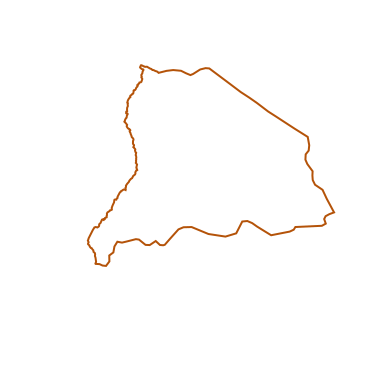 the district of Kadei, Est, Cameroon, rotated 221°
{"feature_id": "32672807B29047919086815", "entity_name": "Kadei", "entity_type": "district", "adm_level": 2, "iso_a3": "CMR", "parent_name": "Cameroon", "parent_adm1": "Est", "projection": "orthographic", "projection_center": [14.712, 4.477], "detail": "fine", "context": "isolated", "style": "outline", "palette": "amber", "viewbox_px": 384, "rotation_deg": 221, "n_neighbors": 0, "source": "geoboundaries", "source_scale": "gbopen_adm2", "svg_char_len": 3677}
<svg xmlns="http://www.w3.org/2000/svg" viewBox="0 0 384 384"><g transform="rotate(221 192 192)"><path d="M296.7,260.1L296.8,260.0L297.1,260.0L297.8,259.9L298.9,259.3L301.0,258.8L301.9,258.1L303.3,258.2L304.5,257.7L308.2,257.0L309.6,255.6L310.3,255.5L310.9,255.1L312.1,254.9L313.3,254.5L313.7,254.0L313.3,253.1L313.1,252.1L312.3,251.8L310.4,251.9L309.2,252.5L308.7,252.3L308.3,250.5L307.3,248.9L307.1,247.3L306.4,246.4L305.8,246.3L305.3,245.2L304.1,245.0L303.6,244.6L302.5,242.0L302.6,241.3L302.7,241.2L303.5,240.1L303.1,239.2L303.4,238.4L303.0,237.5L303.4,236.7L303.1,236.4L302.6,236.2L302.4,235.9L302.5,234.2L301.9,232.5L301.9,231.7L302.6,230.7L302.6,230.2L302.0,229.7L301.7,228.9L301.1,228.1L301.0,227.4L301.4,226.8L301.3,225.9L301.6,224.8L301.7,224.4L301.6,223.9L300.8,223.2L301.1,222.4L300.8,221.7L300.9,220.9L300.5,219.1L299.5,217.0L299.1,216.8L298.8,217.0L298.4,216.7L298.0,215.9L296.8,214.8L296.2,213.0L295.1,211.6L293.9,210.4L294.1,209.8L294.3,209.5L293.7,208.6L293.3,208.2L293.0,208.3L292.3,208.9L291.7,208.7L291.5,208.2L291.3,207.0L290.2,205.3L290.1,204.7L290.3,204.2L289.7,202.1L289.1,201.3L289.2,200.8L288.9,200.6L287.7,200.6L286.9,200.5L285.0,200.1L284.6,199.0L284.2,198.6L282.8,198.2L282.4,198.1L281.2,198.1L280.8,198.4L279.4,198.3L279.0,198.0L279.1,197.1L278.6,196.7L277.6,196.3L277.0,196.1L276.1,195.4L274.9,194.9L273.4,193.9L271.7,193.8L270.9,193.5L270.4,193.0L270.0,191.8L268.4,189.9L267.7,189.5L266.6,189.4L266.2,189.0L265.7,187.4L264.8,187.5L264.4,187.2L263.0,187.1L262.6,186.8L262.3,186.0L261.0,185.1L259.9,185.0L258.7,182.9L257.8,182.5L256.5,181.3L256.0,180.4L255.2,179.7L254.8,178.8L253.8,178.0L253.5,177.1L251.5,176.7L250.1,174.0L249.4,173.7L249.0,173.1L248.3,173.0L247.7,172.6L248.1,171.2L247.7,169.7L246.8,168.8L246.5,167.9L246.9,165.5L246.3,163.2L246.7,161.8L246.7,159.4L246.3,158.4L246.3,155.5L246.0,153.4L245.1,152.5L245.0,151.6L243.7,150.5L243.4,149.9L244.5,149.6L245.2,149.0L245.2,148.9L245.5,148.3L245.6,147.3L246.1,146.4L245.9,145.3L246.2,144.5L245.1,139.7L244.3,138.6L244.5,137.8L244.1,136.6L245.0,136.0L245.4,135.4L245.3,134.9L244.0,133.0L243.8,132.2L243.1,129.7L242.1,127.2L241.1,126.4L240.9,125.9L241.3,125.1L241.9,124.2L241.7,123.6L242.4,121.1L242.1,119.9L241.0,118.8L240.7,117.8L239.9,117.2L239.8,116.9L240.3,116.0L240.6,115.3L240.0,114.3L240.1,114.0L240.7,114.1L240.9,113.8L240.7,113.6L240.5,113.3L240.4,112.9L241.6,112.5L241.8,112.1L240.7,108.6L240.9,107.1L240.7,106.5L240.0,105.7L239.7,104.9L240.1,103.2L241.7,102.4L242.0,101.8L242.4,101.3L241.9,98.2L239.6,89.1L239.2,88.4L238.7,87.0L237.1,86.3L236.7,85.0L236.1,84.4L234.5,84.4L233.3,83.7L232.5,83.6L231.7,83.4L230.9,83.8L229.6,83.4L228.3,83.3L227.0,82.2L225.3,82.2L224.3,81.5L223.4,80.2L223.2,80.0L221.7,79.1L218.6,76.4L217.9,74.6L217.6,74.5L214.5,76.9L211.3,77.8L208.4,79.8L208.8,85.4L212.8,89.8L211.7,94.8L214.8,100.0L215.7,105.5L211.6,107.9L208.6,112.1L203.4,119.6L200.8,121.3L192.4,121.6L189.1,124.2L187.2,131.2L181.4,131.0L178.8,132.9L177.9,134.3L177.9,141.4L177.7,154.9L175.3,159.8L169.3,165.3L152.0,171.1L137.5,180.3L131.5,189.8L134.7,202.7L131.2,206.4L126.2,208.0L120.2,208.6L111.0,210.1L103.9,211.3L92.3,226.2L91.5,228.0L90.5,230.3L91.0,233.4L71.8,251.7L70.3,255.9L74.5,258.3L75.3,261.4L73.8,265.4L71.4,269.8L85.9,275.3L94.9,279.3L103.9,278.2L108.2,280.0L108.8,280.3L112.0,283.5L114.6,286.8L123.0,288.7L123.6,288.9L127.6,290.8L130.9,295.0L131.1,299.8L134.2,304.2L140.8,309.5L156.2,307.1L178.6,304.0L187.4,302.7L201.3,301.8L210.7,300.8L220.8,299.4L233.8,298.5L260.0,296.6L263.0,294.4L266.1,290.0L266.4,289.2L268.6,281.8L269.9,279.2L274.4,277.7L279.8,276.3L286.2,271.7L290.8,266.6L291.4,265.7L295.4,260.0L296.7,260.1Z" fill="none" stroke="#b45309" stroke-width="2"/></g></svg>